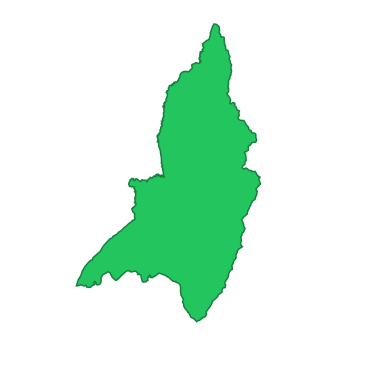 Mueang Phayao, Phayao, Thailand, rotated 219°
{"feature_id": "78962969B45148719558135", "entity_name": "Mueang Phayao", "entity_type": "district", "adm_level": 2, "iso_a3": "THA", "parent_name": "Thailand", "parent_adm1": "Phayao", "projection": "albers", "projection_center": [99.913, 19.151], "detail": "fine", "context": "isolated", "style": "filled", "palette": "green", "viewbox_px": 384, "rotation_deg": 219, "n_neighbors": 0, "source": "geoboundaries", "source_scale": "gbopen_adm2", "svg_char_len": 6103}
<svg xmlns="http://www.w3.org/2000/svg" viewBox="0 0 384 384"><g transform="rotate(219 192 192)"><path d="M247.0,161.8L247.0,160.2L246.0,158.0L244.7,157.7L244.1,157.0L243.3,157.9L242.4,157.8L241.8,158.2L241.5,159.0L240.0,159.6L239.7,159.5L239.6,158.6L239.0,158.6L238.9,158.1L238.1,157.8L237.4,157.8L237.1,157.1L236.2,157.1L236.4,156.7L235.8,156.3L236.2,156.0L235.5,155.9L233.8,154.3L232.7,151.7L232.1,151.6L232.4,151.3L232.2,150.8L230.0,148.7L230.2,147.8L229.6,147.5L228.5,147.9L227.5,146.7L227.8,146.3L227.2,144.9L227.8,143.9L227.8,142.9L228.2,142.7L227.9,142.0L228.3,141.5L227.5,140.4L225.9,139.9L225.6,139.4L222.6,138.9L221.6,137.1L219.2,134.9L220.5,132.0L220.2,131.4L221.4,126.8L221.6,123.7L222.3,122.1L222.8,117.1L223.8,114.4L223.7,112.3L225.4,108.0L225.3,105.7L226.3,103.9L226.9,94.8L226.0,87.8L227.6,78.8L226.8,76.3L227.9,74.9L228.2,71.5L228.2,66.3L227.5,61.6L225.8,57.1L225.1,52.1L222.8,46.3L220.6,48.7L219.8,50.2L216.8,50.9L215.6,52.8L213.8,51.9L210.9,53.9L210.6,56.7L209.6,58.4L211.3,59.9L211.5,61.2L209.4,61.1L209.2,60.0L207.6,60.1L206.7,60.6L205.6,62.5L205.7,64.0L207.2,66.4L208.7,67.9L209.3,71.4L206.8,77.3L204.7,77.6L200.6,75.6L195.5,75.3L194.6,78.0L194.3,82.4L193.1,89.5L191.8,90.9L189.0,91.5L186.5,94.6L185.8,95.0L183.7,94.9L182.3,93.8L181.9,94.5L181.2,94.4L180.8,95.1L179.3,95.5L178.1,93.9L173.9,91.0L172.2,92.2L171.1,93.6L171.3,94.7L170.6,95.5L172.0,96.7L172.2,98.0L172.7,98.6L172.3,99.9L172.8,100.7L171.2,100.9L170.8,99.4L169.0,100.4L167.3,104.7L166.9,108.0L164.7,109.0L158.7,110.8L157.9,110.4L157.0,111.0L150.6,110.7L149.4,111.6L148.2,111.6L145.8,112.5L144.0,112.6L142.2,112.0L140.7,110.6L138.6,107.8L135.9,105.1L131.2,103.3L130.2,100.5L128.5,100.0L126.2,97.9L123.4,96.9L121.3,96.8L119.7,95.9L117.9,95.8L113.9,93.9L111.3,94.8L106.8,94.2L106.4,95.9L105.3,96.9L104.8,100.1L103.4,103.2L103.4,104.5L103.7,106.1L105.0,106.9L105.5,107.7L106.0,115.7L107.3,120.6L106.3,125.5L106.3,127.1L106.9,128.7L105.6,132.9L107.2,135.2L107.6,136.7L106.1,138.6L107.2,140.8L108.9,141.5L109.7,142.7L110.4,148.7L112.5,152.5L112.8,155.4L112.0,157.4L114.7,159.9L115.2,162.8L116.3,164.7L116.0,166.5L116.3,168.6L118.5,171.0L118.8,173.4L119.8,174.6L119.6,177.3L118.4,181.2L120.6,181.5L122.2,183.0L123.0,185.4L125.4,187.3L126.0,189.7L126.9,190.9L126.7,193.3L127.8,197.0L130.4,198.1L131.8,199.6L135.9,201.6L136.2,204.5L135.2,209.6L136.8,212.4L137.2,215.2L138.0,217.2L137.9,218.5L138.9,220.0L138.9,221.9L139.4,223.0L138.5,225.4L138.5,226.8L139.6,228.1L139.8,230.2L141.1,232.0L141.6,233.6L143.0,233.8L144.3,234.7L143.8,241.4L148.5,244.2L148.7,244.8L148.2,245.9L148.6,246.4L151.5,246.0L155.8,247.8L157.8,246.0L159.6,245.9L161.1,244.8L164.9,244.8L166.2,242.4L167.3,242.4L168.6,243.0L169.0,244.3L168.3,246.8L169.8,248.5L169.8,250.6L172.9,254.0L174.2,255.0L176.0,255.3L176.3,255.8L176.1,256.7L175.3,257.1L175.2,258.2L174.4,259.9L177.1,263.0L176.1,265.5L176.6,268.3L174.1,270.5L173.9,271.6L174.7,273.4L176.9,274.7L178.7,277.0L180.4,277.2L182.6,275.6L184.4,276.8L187.3,276.4L189.0,278.0L191.9,278.3L196.7,280.2L199.4,278.2L201.9,277.9L203.3,278.6L203.5,281.4L205.3,282.7L206.2,284.9L208.6,284.2L211.1,285.7L213.5,286.0L214.0,287.5L215.2,287.9L216.4,287.4L217.4,284.8L218.4,284.9L219.9,287.8L222.6,289.2L226.0,290.1L226.8,290.7L226.7,292.9L228.6,295.4L230.5,296.7L231.6,299.1L233.6,301.1L234.0,303.8L235.2,305.6L235.5,307.7L236.4,308.7L237.3,310.9L240.1,313.1L241.3,315.7L243.5,316.5L244.6,317.7L246.7,318.5L247.7,321.0L250.8,322.6L252.4,324.2L253.5,324.5L254.9,323.6L258.0,326.6L260.2,327.7L261.2,329.1L262.8,330.4L264.0,332.2L264.9,332.3L267.2,330.8L268.8,332.2L271.2,332.9L272.3,335.1L274.9,337.4L278.3,337.7L280.6,336.5L280.2,333.5L277.5,326.5L276.5,325.7L274.8,321.2L276.0,318.7L277.0,313.7L276.0,313.7L275.8,312.2L273.7,311.8L273.6,309.0L271.9,308.2L272.1,307.6L273.4,306.9L273.7,305.7L272.4,305.5L272.7,304.4L272.1,303.9L272.1,303.2L270.6,302.4L270.5,302.0L271.0,301.6L270.5,301.1L270.7,300.3L268.9,299.3L268.9,299.9L267.9,299.7L268.0,299.2L267.1,298.6L267.9,298.2L267.3,297.5L267.4,296.4L270.5,294.8L271.0,293.1L272.2,291.2L272.1,290.6L269.8,288.3L270.3,283.1L272.8,281.9L273.3,280.9L274.2,280.6L275.3,277.6L275.0,275.5L273.7,273.6L273.7,272.3L272.9,270.7L273.3,269.7L272.6,268.6L273.2,267.9L273.1,267.4L274.4,266.9L274.9,265.9L274.0,265.4L274.8,265.1L274.6,264.6L275.1,264.2L274.3,263.2L275.2,263.0L275.0,262.5L275.4,261.9L275.1,261.7L275.9,261.3L276.5,260.4L276.0,259.7L275.8,257.9L274.5,256.9L274.8,255.6L274.5,255.3L275.0,254.8L274.5,254.4L274.9,254.1L274.4,253.6L274.6,253.2L273.1,252.9L271.6,251.2L270.4,247.4L269.5,246.7L269.2,245.4L269.7,244.8L269.3,244.4L269.7,243.6L269.5,243.1L269.1,243.4L268.4,242.2L268.5,241.5L268.1,241.6L268.4,241.0L267.7,241.0L268.0,240.3L267.3,240.4L267.4,240.0L266.8,240.3L266.6,239.5L266.1,239.5L266.0,238.7L264.0,236.5L264.1,236.0L263.5,234.9L261.4,233.1L261.8,232.9L261.2,232.0L261.1,230.6L260.3,229.5L259.6,229.5L259.2,228.4L260.2,227.7L259.1,227.1L258.6,226.4L258.8,225.9L258.0,225.7L258.0,225.0L256.6,224.7L257.1,222.6L255.7,221.0L255.9,220.0L254.5,218.8L254.6,217.7L253.9,216.2L254.3,216.1L254.1,215.6L254.4,215.4L253.9,214.6L254.4,214.4L254.5,213.9L254.0,213.8L253.9,212.9L253.0,212.8L252.1,211.6L251.2,211.5L250.9,210.4L250.2,210.4L250.4,209.6L249.7,210.1L249.7,209.3L248.3,208.5L247.0,206.9L243.3,204.7L239.8,201.4L239.3,201.4L239.0,200.6L238.2,200.2L234.9,196.6L234.8,196.1L234.1,195.7L233.8,194.9L231.8,194.4L231.9,193.2L231.2,193.1L231.3,192.6L229.2,191.9L229.3,191.3L228.6,190.4L227.6,190.1L225.8,188.4L225.8,188.0L223.0,186.1L223.5,185.6L224.8,186.4L225.3,185.4L225.9,185.2L226.0,185.9L226.5,185.9L226.7,185.1L225.4,184.4L225.8,184.0L227.3,184.1L227.7,184.6L229.3,184.5L228.8,183.7L228.3,183.9L228.5,183.1L230.4,183.7L231.0,182.1L230.7,181.0L229.9,181.4L229.8,181.1L231.8,180.1L231.5,178.3L232.1,178.2L232.5,177.2L233.7,177.0L233.2,176.2L234.1,174.4L233.3,171.9L233.9,171.6L235.1,172.3L237.2,170.5L238.6,170.1L238.5,168.9L238.8,168.3L238.5,167.8L238.8,167.5L243.1,167.5L244.1,166.5L243.5,165.7L244.1,165.2L244.1,164.4L245.4,164.8L245.8,165.4L247.2,164.8L247.0,163.8L247.6,163.1L247.7,162.3L247.0,161.8Z" fill="#22c55e" stroke="#15803d" stroke-width="1.5"/></g></svg>